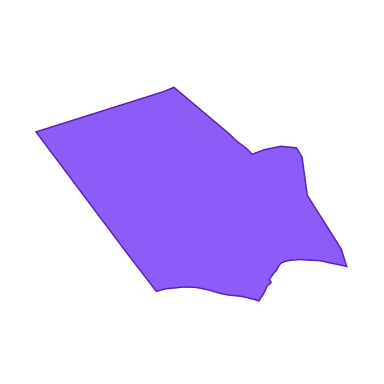 Osaylan, Shabwah, Yemen (Equal Earth projection), rotated 275°
{"feature_id": "15242507B14507855055596", "entity_name": "Osaylan", "entity_type": "district", "adm_level": 2, "iso_a3": "YEM", "parent_name": "Yemen", "parent_adm1": "Shabwah", "projection": "equal_earth", "projection_center": [45.859, 15.121], "detail": "fine", "context": "isolated", "style": "filled", "palette": "violet", "viewbox_px": 384, "rotation_deg": 275, "n_neighbors": 0, "source": "geoboundaries", "source_scale": "gbopen_adm2", "svg_char_len": 1319}
<svg xmlns="http://www.w3.org/2000/svg" viewBox="0 0 384 384"><g transform="rotate(275 192 192)"><path d="M294.7,164.9L289.5,154.9L247.4,53.3L238.3,31.4L183.8,80.2L164.1,97.8L135.0,124.0L123.8,134.0L89.9,165.2L90.8,167.6L93.2,174.0L93.9,177.4L94.0,178.0L94.5,180.7L95.1,184.5L95.9,187.6L96.4,191.0L96.8,194.7L97.0,198.1L97.2,201.3L97.3,204.8L96.9,208.1L96.5,211.8L96.1,215.1L95.6,218.5L94.9,221.9L94.1,225.5L93.5,228.8L93.1,232.0L92.7,235.3L92.5,238.9L92.5,242.4L92.4,246.3L92.3,250.0L92.0,253.3L91.4,257.1L90.8,260.5L90.3,263.8L89.5,267.2L89.3,268.2L90.2,268.6L92.7,269.8L95.2,271.3L97.5,272.5L100.0,273.5L102.5,274.1L104.9,275.1L106.9,277.1L108.5,278.6L109.8,278.3L110.5,277.2L111.7,276.5L116.5,279.6L118.8,280.9L121.0,282.8L123.6,284.0L126.1,285.0L128.4,286.4L130.1,288.9L131.4,291.9L132.3,295.0L133.0,298.5L133.6,302.1L134.1,305.6L134.2,309.1L134.3,312.4L134.4,315.8L134.4,317.5L134.5,319.3L134.7,322.9L134.7,326.3L134.3,329.6L133.7,333.0L133.3,336.3L132.9,339.8L132.6,343.0L132.2,346.3L131.7,349.7L131.2,352.6L148.2,345.6L198.8,307.1L227.0,300.7L236.3,298.6L245.1,292.3L245.3,276.7L240.5,260.4L234.9,248.7L236.0,247.3L238.1,244.9L239.9,242.6L241.6,240.0L243.3,237.5L244.8,234.8L246.5,232.2L248.3,229.8L250.2,227.6L252.2,225.3L285.1,178.5L294.7,164.9Z" fill="#8b5cf6" stroke="#5b21b6" stroke-width="1.5"/></g></svg>